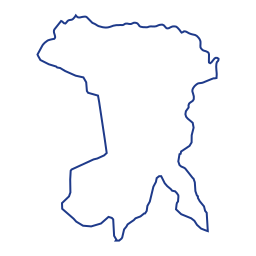 outline of San José del Golfo, Guatemala
{"feature_id": "79465075B18750582081906", "entity_name": "San José del Golfo", "entity_type": "district", "adm_level": 2, "iso_a3": "GTM", "parent_name": "Guatemala", "parent_adm1": "", "projection": "albers", "projection_center": [-90.366, 14.787], "detail": "fine", "context": "isolated", "style": "outline", "palette": "blue", "viewbox_px": 256, "rotation_deg": 0, "n_neighbors": 0, "source": "geoboundaries", "source_scale": "gbopen_adm2", "svg_char_len": 3395}
<svg xmlns="http://www.w3.org/2000/svg" viewBox="0 0 256 256"><path d="M37.5,54.5L38.0,55.7L40.4,60.0L48.9,64.3L56.1,66.5L57.2,67.5L60.1,68.0L65.1,71.0L75.7,75.7L83.4,77.4L86.2,82.3L86.9,91.0L88.1,92.8L98.0,95.6L99.1,101.7L104.7,138.8L106.7,153.0L104.1,155.4L97.3,158.5L93.6,159.4L71.6,169.5L70.7,170.7L70.2,179.5L70.4,192.4L69.0,196.4L62.0,203.1L62.2,208.8L73.6,218.7L76.2,221.6L83.0,225.7L91.2,226.4L101.0,223.5L108.5,216.9L111.8,217.9L113.2,219.4L114.1,235.8L116.4,239.7L115.8,240.6L119.1,240.6L121.5,238.6L122.2,237.5L124.1,229.4L126.4,226.6L127.6,224.4L132.2,221.2L133.7,220.2L135.5,218.3L140.5,216.4L144.1,213.5L145.1,213.4L146.7,210.9L147.4,205.9L149.8,201.6L153.4,186.7L155.9,182.0L156.7,178.1L159.1,176.2L161.2,176.2L164.7,183.2L167.2,186.1L170.8,189.1L172.1,190.7L175.1,191.3L176.9,193.2L178.3,195.3L178.4,196.8L178.0,201.5L177.0,202.8L176.6,204.3L176.0,209.3L181.2,214.2L191.2,218.3L194.4,220.8L197.0,224.9L201.1,228.6L203.4,229.5L206.5,230.7L207.8,231.1L206.7,212.8L205.1,210.8L204.0,206.4L199.8,201.3L197.9,197.9L197.9,196.3L196.9,195.5L195.4,191.1L194.8,182.3L193.5,178.6L192.7,178.0L187.1,170.9L185.2,168.5L183.8,167.6L181.2,166.5L179.5,165.0L178.3,161.4L179.5,154.2L180.6,153.8L181.1,151.5L189.5,145.9L191.6,142.4L191.7,135.2L193.6,127.7L192.7,122.8L187.7,118.6L186.1,116.7L185.4,114.2L185.9,111.2L188.6,107.5L188.6,106.3L188.5,105.3L189.1,103.6L189.9,102.8L192.7,100.9L193.7,99.4L193.8,98.3L193.8,96.3L193.4,94.9L193.1,93.7L192.4,91.5L192.4,90.1L192.7,89.1L193.1,88.2L194.2,86.6L195.0,85.7L196.5,84.4L197.9,83.5L199.1,83.2L200.1,83.1L201.0,83.0L202.2,82.8L203.7,82.3L204.8,81.8L211.2,79.2L213.6,78.3L215.0,78.3L216.5,78.0L216.7,74.8L216.7,73.7L216.6,72.4L216.5,71.2L216.4,70.2L216.3,68.6L216.2,66.6L216.4,63.9L216.9,62.1L217.9,61.1L218.5,59.9L218.5,58.7L217.2,57.9L215.8,57.8L214.6,58.4L211.5,62.3L210.2,63.2L209.0,62.5L208.9,61.1L209.0,54.4L208.6,53.0L208.0,52.3L206.7,51.6L205.5,51.1L204.3,50.8L203.0,50.3L201.9,49.4L201.0,48.3L200.5,47.4L200.4,45.9L200.5,43.9L200.5,41.8L200.2,40.5L199.7,39.5L199.3,38.7L198.6,37.8L197.3,36.4L196.6,35.8L195.1,35.0L193.8,34.7L192.4,34.4L191.3,34.1L190.1,33.7L188.9,33.2L186.8,32.0L185.7,31.5L184.1,31.3L182.9,32.1L181.6,32.6L180.8,31.7L179.9,30.4L179.1,29.4L177.9,28.1L177.2,27.4L176.0,26.6L174.7,26.4L173.4,26.4L172.4,26.5L170.7,27.2L168.8,28.2L167.5,28.4L166.5,28.2L165.5,27.2L164.9,26.5L163.8,25.3L162.5,24.7L161.0,24.7L159.5,24.9L158.1,25.4L157.2,25.8L156.3,26.2L154.5,26.5L150.6,26.4L149.2,26.6L147.5,27.2L146.2,27.3L144.8,27.2L143.6,27.2L142.6,27.1L140.6,26.7L139.5,26.1L138.7,24.9L137.5,23.5L136.5,23.0L135.0,22.7L133.7,22.8L132.4,23.4L131.0,24.0L129.7,24.0L128.8,23.9L127.4,23.6L125.8,23.6L124.9,23.9L124.0,24.5L123.0,25.0L122.0,25.1L120.8,25.0L118.9,25.1L117.2,25.1L116.0,25.2L115.0,25.4L113.3,25.7L111.7,26.3L109.9,26.9L107.9,27.4L106.7,27.5L105.0,27.5L104.0,27.4L102.6,27.2L101.1,26.8L100.0,26.5L98.5,26.1L97.2,25.4L95.8,24.5L94.6,23.8L93.6,23.4L92.3,22.8L86.9,17.3L86.1,16.8L85.1,16.6L83.9,16.7L82.4,16.9L79.7,17.5L78.1,17.4L76.8,16.6L75.8,15.4L75.2,16.4L74.5,17.3L73.1,18.9L71.8,19.7L70.5,19.9L69.3,20.1L68.4,20.4L67.5,21.1L66.3,22.6L65.4,23.5L64.0,23.2L62.2,21.5L61.1,21.0L54.5,29.3L54.0,30.3L53.9,31.3L54.0,32.6L54.5,34.2L54.8,35.2L55.1,36.5L55.1,37.6L54.3,38.8L52.7,39.1L51.3,39.4L50.1,39.7L49.0,40.0L47.7,40.5L47.0,41.0L44.9,42.6L44.1,43.4L43.0,44.6L42.4,45.5L37.5,54.5Z" fill="none" stroke="#1e3a8a" stroke-width="2"/></svg>